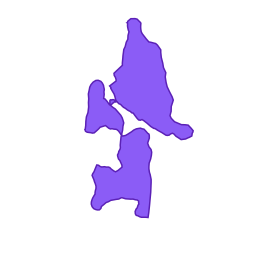 the district of Stockholm, Stockholm, Sweden, rotated 229°
{"feature_id": "70781695B5805413017960", "entity_name": "Stockholm", "entity_type": "district", "adm_level": 2, "iso_a3": "SWE", "parent_name": "Sweden", "parent_adm1": "Stockholm", "projection": "albers", "projection_center": [17.995, 59.332], "detail": "fine", "context": "isolated", "style": "filled", "palette": "violet", "viewbox_px": 256, "rotation_deg": 229, "n_neighbors": 0, "source": "geoboundaries", "source_scale": "gbopen_adm2", "svg_char_len": 3882}
<svg xmlns="http://www.w3.org/2000/svg" viewBox="0 0 256 256"><g transform="rotate(229 128 128)"><path d="M207.7,196.3L207.2,196.3L206.5,195.7L205.7,194.9L204.5,194.0L201.6,192.4L200.0,191.9L197.9,188.8L195.1,186.1L193.9,183.0L191.3,179.3L190.0,176.3L188.1,174.2L186.0,171.8L184.1,169.9L180.7,166.3L179.0,164.9L178.7,157.3L178.5,153.3L176.7,152.1L174.5,151.7L172.2,150.7L171.3,149.8L171.8,141.7L169.9,141.7L169.2,141.0L165.7,140.3L162.8,139.8L160.2,138.7L158.5,137.8L156.9,137.0L154.2,137.0L152.5,137.0L150.6,137.9L148.0,138.0L146.5,138.2L144.6,138.9L142.1,139.4L140.8,139.8L139.0,140.6L137.0,140.8L135.8,141.7L132.5,141.4L129.2,141.2L127.1,141.3L125.7,142.5L125.2,144.1L123.3,144.7L119.3,145.5L114.1,146.2L110.8,147.2L109.7,148.1L107.1,148.8L104.3,149.8L102.2,150.6L100.4,151.1L97.7,151.9L96.6,152.8L95.6,154.5L95.6,156.2L94.9,158.1L93.5,158.7L90.2,158.8L87.3,159.7L84.4,160.5L81.9,164.3L81.3,166.6L80.7,168.2L80.3,170.1L80.1,170.9L81.0,172.0L81.9,173.0L82.3,174.2L83.2,175.4L86.4,175.5L90.7,175.3L93.1,173.1L95.5,170.5L102.2,167.2L107.0,167.0L109.8,167.8L112.3,171.5L115.9,174.8L118.1,178.5L119.4,180.5L122.7,181.8L128.1,183.1L133.4,184.6L137.5,186.7L142.1,189.6L144.9,192.8L150.3,194.4L154.2,196.8L159.4,199.4L163.4,202.2L165.5,204.0L171.2,204.6L173.6,204.3L175.3,203.1L177.4,201.7L179.3,200.2L183.5,200.2L190.0,200.6L192.1,201.2L194.2,202.5L195.9,203.8L197.3,205.1L199.0,206.8L198.9,206.7L200.8,206.5L204.2,206.3L205.9,205.1L208.6,201.9L208.7,200.4L208.7,197.8L207.6,196.4L207.7,196.3ZM111.5,87.5L112.6,86.1L114.2,84.9L115.9,82.5L117.6,81.6L119.1,81.4L120.5,80.3L120.6,80.2L119.1,77.2L117.3,73.7L116.6,71.3L115.8,69.8L113.4,69.0L111.5,68.4L109.3,67.4L107.5,66.8L105.1,65.7L103.4,64.2L102.3,62.5L101.0,60.9L99.7,59.7L99.3,58.2L98.3,55.4L97.6,54.0L96.2,51.8L94.6,50.3L92.2,49.3L89.7,49.2L87.7,50.1L86.2,51.2L85.0,52.7L85.0,53.2L85.1,54.8L86.2,56.4L86.1,59.6L86.1,62.6L85.2,64.9L84.7,67.5L83.4,69.7L82.0,72.1L80.4,74.5L79.9,76.8L79.4,77.7L76.2,79.7L74.7,81.2L72.4,83.5L71.0,85.2L69.1,86.4L67.6,87.7L65.9,88.1L64.7,87.0L63.5,86.3L63.2,85.0L61.7,82.5L61.5,80.9L60.3,78.6L58.4,77.2L56.7,76.9L55.0,78.0L53.5,78.5L51.9,79.5L51.0,80.5L49.2,82.6L48.3,83.5L47.3,84.4L50.4,88.0L55.5,93.5L60.5,98.7L64.5,102.9L71.6,109.6L74.0,111.7L78.2,114.1L80.5,115.1L83.5,117.0L85.1,118.4L87.6,120.9L89.8,124.8L92.1,127.8L94.2,130.0L96.7,131.3L100.1,131.5L103.7,132.9L105.0,135.1L106.3,137.4L108.7,139.4L110.0,139.8L110.9,139.4L114.4,139.4L116.7,139.3L117.9,138.3L119.7,137.3L120.8,135.6L121.9,133.7L122.7,130.9L122.8,128.4L123.5,123.7L124.0,121.2L125.5,118.6L126.1,118.3L126.3,118.4L127.8,119.6L129.9,122.5L132.6,125.3L134.6,128.1L136.9,129.2L139.5,130.3L142.3,130.9L150.7,130.9L153.7,130.1L156.0,129.8L157.8,129.3L162.1,129.7L165.0,129.7L166.2,129.0L167.3,130.2L169.0,132.1L171.1,133.6L172.4,135.2L173.5,135.9L175.2,136.8L176.3,137.5L178.9,138.1L181.0,138.1L183.6,136.8L185.0,134.9L185.5,131.8L185.0,128.5L183.9,125.9L182.0,123.5L179.7,120.4L175.8,117.5L173.1,114.8L169.7,112.1L165.9,107.9L163.7,103.9L160.7,100.6L157.5,97.6L154.8,94.5L154.9,94.4L153.4,93.8L151.6,94.4L148.9,96.8L147.5,97.8L146.5,99.3L146.5,102.7L146.6,105.6L146.9,107.4L145.3,111.0L144.6,112.6L142.5,113.0L140.6,113.3L138.9,114.0L137.9,115.5L136.3,116.7L135.1,117.9L134.3,118.5L132.0,118.9L128.9,118.6L126.7,118.2L126.4,118.3L126.2,117.3L122.7,113.5L120.1,110.8L118.5,109.6L118.3,109.5L117.4,108.4L116.8,107.0L116.4,105.7L115.3,104.3L114.6,102.5L113.7,101.8L110.9,100.5L108.8,100.5L105.8,99.6L103.9,99.0L102.4,97.8L102.5,92.7L103.1,89.9L104.9,89.1L108.1,88.4L110.1,88.3L111.5,87.5ZM156.7,130.6L156.6,131.5L156.7,132.9L156.5,134.1L156.7,135.2L156.3,135.4L155.6,135.8L155.5,136.1L156.0,136.3L157.1,136.6L157.7,136.2L158.3,135.9L158.8,135.7L159.3,135.3L159.7,134.6L159.9,134.0L160.5,133.7L160.8,133.1L160.5,132.2L159.6,131.5L158.8,130.8L158.3,130.1L157.5,130.1L156.7,130.6Z" fill="#8b5cf6" stroke="#5b21b6" stroke-width="1.5"/></g></svg>